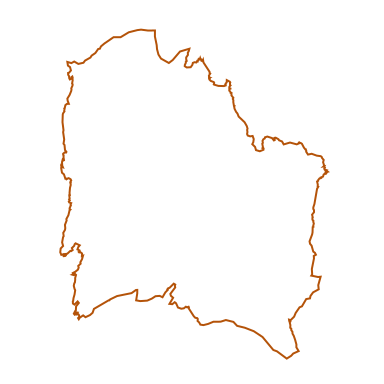 outline of Røyken nor, Buskerud, Norway, rotated 185°
{"feature_id": "86288312B91895261820086", "entity_name": "Røyken nor", "entity_type": "district", "adm_level": 2, "iso_a3": "NOR", "parent_name": "Norway", "parent_adm1": "Buskerud", "projection": "mercator", "projection_center": [10.397, 59.735], "detail": "fine", "context": "isolated", "style": "outline", "palette": "amber", "viewbox_px": 384, "rotation_deg": 185, "n_neighbors": 0, "source": "geoboundaries", "source_scale": "gbopen_adm2", "svg_char_len": 5929}
<svg xmlns="http://www.w3.org/2000/svg" viewBox="0 0 384 384"><g transform="rotate(185 192 192)"><path d="M327.5,310.7L326.6,307.1L324.4,305.8L323.2,302.5L324.9,300.1L325.8,299.8L325.6,298.0L324.6,296.7L324.2,294.6L323.5,293.5L322.0,294.4L322.2,295.8L321.3,296.6L320.8,295.3L321.0,293.8L320.6,293.2L320.9,289.5L320.3,288.9L320.3,287.6L321.3,284.7L321.0,283.9L321.1,282.2L322.4,278.0L324.3,274.2L323.8,272.0L322.4,269.1L324.3,268.9L325.7,267.5L326.1,264.5L326.5,264.1L326.2,263.6L326.4,261.7L326.1,261.2L327.3,259.1L327.5,258.0L327.1,250.3L325.4,242.4L325.6,240.4L323.9,233.2L324.2,228.9L323.1,227.7L322.2,222.8L320.6,221.0L320.9,220.3L322.3,220.3L323.7,218.9L323.6,217.8L323.1,217.4L323.0,215.3L322.3,212.5L323.0,212.1L323.7,212.8L324.1,210.5L323.6,207.0L322.7,205.3L323.8,205.5L324.5,208.8L324.7,207.2L324.1,205.6L324.4,205.3L324.4,204.4L323.2,199.9L321.1,198.4L319.3,194.2L318.4,194.4L318.1,193.8L316.4,195.0L315.4,194.8L314.0,194.1L313.4,193.1L313.7,192.8L313.6,191.0L314.1,190.9L313.4,188.5L313.9,185.6L313.9,180.2L313.4,178.3L314.0,178.1L313.3,174.7L313.8,174.0L313.0,173.0L313.9,171.8L313.4,170.9L311.4,170.4L311.8,169.5L311.8,168.4L311.5,168.2L312.5,165.3L312.5,164.5L311.6,163.9L312.4,163.0L313.1,158.1L314.8,154.1L314.4,152.7L315.7,148.2L315.1,145.0L315.2,143.3L316.7,140.1L316.0,136.8L316.5,135.8L317.0,130.5L315.7,127.0L317.9,124.3L318.0,120.5L316.7,118.0L314.3,119.0L313.4,118.3L314.5,117.3L314.3,116.9L312.8,117.2L312.1,117.9L311.9,118.7L312.3,119.3L310.9,119.6L308.0,122.8L307.2,122.6L305.8,123.8L306.8,125.7L304.7,128.1L304.3,129.8L303.5,130.7L299.2,129.1L300.5,127.2L301.1,124.8L298.9,124.0L298.6,123.2L299.6,122.4L299.2,122.0L297.6,122.1L296.2,121.2L296.1,118.6L295.0,119.1L295.7,115.5L297.1,112.3L296.7,110.9L298.9,108.4L298.3,106.8L298.9,104.7L301.3,102.4L304.5,100.4L301.9,101.2L302.0,100.2L303.9,99.2L302.5,98.9L300.9,99.8L300.3,99.3L300.9,96.1L300.7,94.5L300.8,91.6L301.3,90.8L301.6,88.2L300.5,85.1L299.8,84.0L300.1,79.6L300.8,75.9L300.9,73.2L301.2,72.7L300.9,70.5L299.3,69.6L296.4,73.0L295.1,71.6L297.5,68.0L297.4,63.9L298.0,63.3L299.1,60.5L298.1,59.5L297.2,60.0L297.2,62.0L295.5,61.9L296.4,60.4L296.1,59.9L294.5,60.3L293.7,59.3L293.5,57.7L294.5,56.5L293.7,55.4L292.9,57.0L289.7,59.6L287.2,58.0L282.9,60.5L280.5,63.0L279.5,67.0L265.5,76.9L264.8,76.9L264.3,77.8L257.6,81.8L243.4,86.0L239.3,89.5L238.0,89.7L237.7,86.2L238.2,79.2L234.1,78.8L227.1,79.9L222.7,82.3L219.3,85.0L215.1,85.7L212.2,84.6L209.8,89.7L207.6,92.4L208.1,92.9L207.4,94.0L206.0,94.6L202.2,99.1L200.6,98.3L200.9,97.1L200.4,95.5L204.7,88.6L204.0,86.8L201.6,85.0L204.7,78.6L201.9,78.5L199.6,80.7L198.2,79.8L195.9,75.7L192.5,74.8L190.0,75.4L188.1,77.2L187.0,76.7L185.4,77.4L185.0,76.8L185.2,75.9L179.4,68.4L177.8,67.0L175.8,66.8L175.2,66.1L175.2,64.0L173.5,62.7L172.1,60.6L169.0,60.4L164.4,62.0L159.4,64.6L152.2,65.3L147.1,67.4L139.4,66.2L135.4,62.6L127.6,61.4L118.3,58.7L109.1,53.7L97.2,41.7L93.5,40.7L83.1,34.3L78.9,37.5L77.1,39.9L71.9,42.8L74.5,46.4L74.7,49.2L76.4,53.8L78.1,57.6L79.5,59.6L79.8,61.6L81.0,62.9L81.2,64.5L82.3,65.3L82.4,68.0L83.3,70.5L82.8,71.3L83.9,71.9L84.2,73.3L82.6,72.9L79.4,76.7L78.2,80.5L74.8,86.5L72.5,87.7L68.9,95.3L65.2,96.3L64.9,98.8L62.6,102.6L57.3,106.1L58.1,110.2L56.5,118.8L59.0,118.3L65.8,119.1L65.1,120.4L65.9,125.7L64.7,136.5L65.1,138.9L63.1,140.3L64.3,142.2L66.0,143.2L68.2,149.0L69.9,150.7L70.6,153.1L68.6,160.3L68.4,162.3L68.7,167.5L68.0,167.9L68.3,168.8L67.9,171.2L68.6,172.9L68.5,173.8L69.6,174.9L69.8,176.8L69.5,177.2L70.4,179.9L68.7,182.5L68.9,184.6L69.7,185.7L69.8,187.3L69.0,190.7L67.7,206.1L66.7,208.2L67.3,208.4L67.3,210.2L68.3,213.4L67.3,214.1L67.3,215.0L66.2,216.6L64.9,217.0L64.6,217.2L64.9,217.7L62.8,218.8L62.4,220.8L61.6,221.6L60.3,221.7L59.5,223.0L60.1,223.3L59.4,223.6L61.3,225.4L60.7,225.7L61.9,226.0L62.3,227.1L61.2,228.5L61.8,228.2L62.7,228.8L62.5,229.2L63.2,229.0L62.6,229.7L64.0,233.1L63.6,235.4L65.4,237.2L65.8,238.2L66.9,238.9L70.9,239.1L76.1,240.5L79.7,239.4L81.8,242.1L81.7,242.8L82.4,244.4L82.8,244.3L84.4,246.0L86.7,249.6L88.0,250.3L89.8,250.6L90.3,249.9L89.8,250.4L89.6,249.8L91.8,248.6L98.7,249.8L104.8,247.4L106.7,250.2L109.8,251.1L110.5,252.1L113.4,253.4L114.6,253.1L114.1,251.0L114.9,250.5L117.0,252.7L121.8,253.8L124.1,252.8L124.2,251.7L125.5,250.8L126.2,249.1L125.7,247.1L126.2,246.2L125.2,242.7L125.6,242.0L124.5,241.6L124.5,240.3L128.0,238.5L131.9,239.3L133.1,242.4L136.1,244.9L135.3,246.9L135.1,250.1L136.5,253.1L138.9,252.5L141.4,253.1L142.2,254.6L142.0,256.6L142.5,258.7L142.2,260.0L143.2,262.5L145.7,266.1L152.1,271.2L153.6,274.2L155.0,275.6L156.9,278.7L157.5,281.0L157.3,281.3L157.7,281.4L158.7,285.2L158.8,287.1L159.5,288.3L159.0,289.4L161.1,291.6L161.3,294.1L162.2,294.1L162.6,295.3L163.7,296.2L163.8,298.1L162.7,298.3L162.7,299.2L163.0,298.4L163.8,298.3L163.9,299.0L163.2,299.1L163.9,299.1L163.9,300.2L163.0,301.5L163.4,301.7L163.7,304.3L163.5,304.6L164.0,305.2L167.1,306.5L167.0,304.2L168.0,302.9L167.8,301.9L168.3,301.5L167.9,301.0L169.4,300.3L175.0,300.0L179.4,300.9L179.7,301.1L179.4,302.6L179.9,303.4L183.0,304.3L184.4,305.5L184.2,306.6L184.9,306.7L185.0,307.5L184.4,307.7L184.9,307.9L185.3,309.3L184.2,311.6L184.8,311.9L185.0,313.3L191.9,322.1L192.4,324.1L192.6,323.4L193.9,323.5L194.1,324.9L195.1,325.2L195.5,326.1L195.9,324.6L196.4,324.7L196.4,326.1L196.8,325.0L196.4,324.9L197.1,324.8L197.7,322.6L198.3,322.9L199.0,321.4L200.8,321.5L202.4,320.7L202.7,318.7L204.2,316.2L208.1,315.6L210.2,316.7L210.2,318.0L209.4,320.2L209.5,321.5L208.7,322.1L209.4,323.9L209.5,325.6L208.0,328.2L208.3,330.4L207.6,331.8L207.1,334.5L216.2,330.9L222.7,321.8L226.3,318.5L234.5,322.2L237.4,326.0L239.3,331.3L240.0,335.3L242.5,343.7L243.0,349.7L249.8,349.0L256.9,349.3L260.6,348.5L268.9,345.6L276.6,340.0L283.6,339.4L292.2,332.3L295.4,329.1L296.3,326.7L297.9,326.3L300.4,322.0L303.9,319.1L304.9,317.1L310.0,313.6L311.4,311.3L316.4,309.7L320.7,311.7L323.4,309.9L327.5,310.7ZM58.5,224.1L59.8,225.0L58.8,224.0L58.5,224.1Z" fill="none" stroke="#b45309" stroke-width="2"/></g></svg>